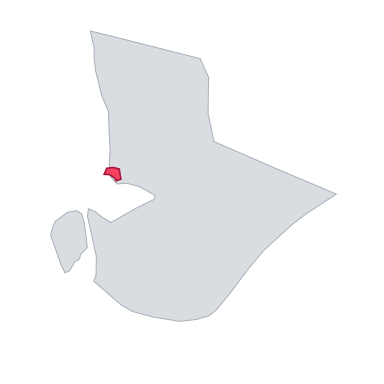 Hawalli on a map of Kuwait (orthographic projection), rotated 195°
{"feature_id": "KWT-3506", "entity_name": "Hawalli", "entity_type": "Province", "adm_level": 1, "iso_a3": "KWT", "parent_name": "Kuwait", "parent_adm1": "", "projection": "orthographic", "projection_center": [48.031, 29.332], "detail": "fine", "context": "in_parent", "style": "filled", "palette": "rose", "viewbox_px": 384, "rotation_deg": 195, "n_neighbors": 0, "source": "natural_earth", "source_scale": "10m", "svg_char_len": 1161}
<svg xmlns="http://www.w3.org/2000/svg" viewBox="0 0 384 384"><g transform="rotate(195 192 192)"><path d="M331.9,321.2L306.3,321.7L274.1,322.2L248.0,322.5L218.5,322.9L205.6,307.0L201.3,289.6L196.7,271.8L183.9,246.4L140.8,240.0L118.0,236.5L80.4,231.3L52.1,227.3L76.2,200.3L87.4,185.7L107.6,154.1L118.0,131.6L128.0,106.5L136.7,87.0L138.5,83.5L143.5,76.9L154.4,70.2L170.1,63.9L196.7,61.2L215.3,61.1L219.5,61.4L231.3,64.6L263.8,80.4L263.1,86.6L267.7,105.0L278.1,125.1L286.7,141.4L287.7,149.0L279.9,147.9L273.9,144.9L262.4,141.6L240.3,163.3L226.8,175.0L226.4,179.0L244.3,183.6L257.4,183.5L266.6,180.3L274.4,185.4L279.4,198.7L281.5,209.6L293.7,248.3L303.9,261.3L316.6,284.4L321.3,296.3L324.0,306.4L331.9,321.2ZM306.9,140.3L298.6,144.1L293.0,142.5L287.6,133.5L278.7,111.2L283.5,102.8L283.3,99.2L284.3,96.5L287.0,94.8L289.9,84.3L293.7,81.0L299.9,88.1L317.4,113.8L317.3,124.3L316.3,128.5L306.9,140.3Z" fill="#d9dde1" stroke="#a8b0b8" stroke-width="1"/><path d="M268.1,183.1L268.4,183.5L270.5,185.5L272.0,186.0L276.1,187.4L281.5,186.3L280.5,192.9L274.1,195.4L268.1,195.4L265.7,189.6L263.9,186.1L268.1,183.1Z" fill="#f43f5e" stroke="#9f1239" stroke-width="1.5"/></g></svg>